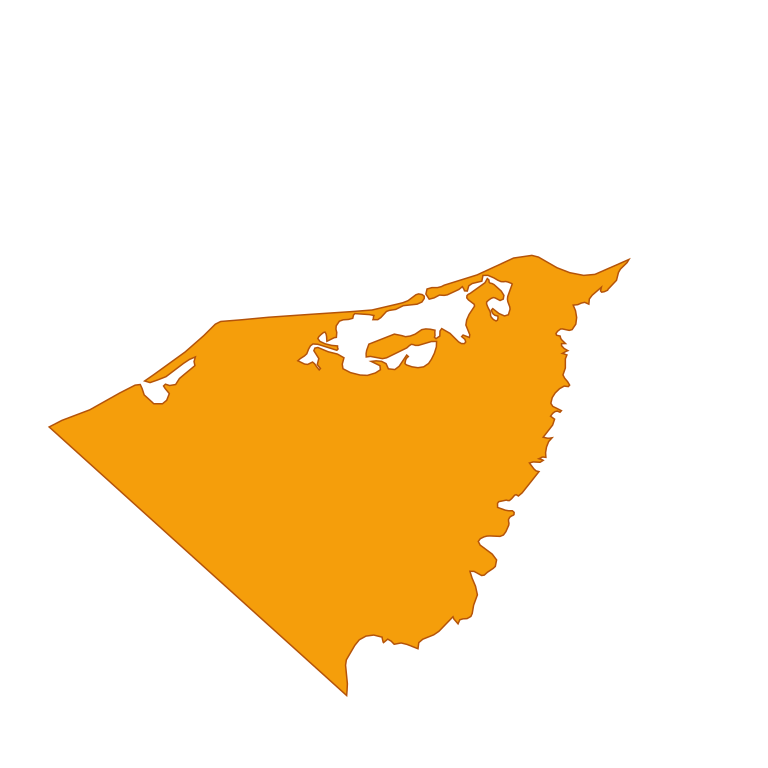 the border of Gracias a Dios, rotated 312°
{"feature_id": "HND-640", "entity_name": "Gracias a Dios", "entity_type": "Department", "adm_level": 1, "iso_a3": "HND", "parent_name": "Honduras", "parent_adm1": "", "projection": "natural_earth1", "projection_center": [-83.951, 15.304], "detail": "fine", "context": "isolated", "style": "filled", "palette": "amber", "viewbox_px": 768, "rotation_deg": 312, "n_neighbors": 0, "source": "natural_earth", "source_scale": "10m", "svg_char_len": 5307}
<svg xmlns="http://www.w3.org/2000/svg" viewBox="0 0 768 768"><g transform="rotate(312 384 384)"><path d="M131.8,561.4L127.5,564.7L127.6,487.8L127.6,459.6L128.0,163.9L141.5,169.0L167.9,182.6L201.0,193.8L216.6,199.8L220.5,203.2L218.8,207.2L215.4,213.1L215.4,218.2L215.3,226.2L221.1,232.6L226.5,233.4L233.2,230.9L234.2,224.4L235.0,221.5L237.6,221.7L239.4,225.7L244.2,229.5L251.2,228.3L257.7,229.2L271.1,231.2L273.6,227.8L277.9,225.7L272.1,223.0L265.2,221.2L243.6,217.1L235.4,213.0L228.5,209.2L226.1,204.1L237.1,206.7L274.8,214.8L299.4,217.7L315.6,218.6L321.2,220.8L336.1,234.9L356.2,253.4L386.0,282.2L414.9,310.3L431.0,325.6L452.0,340.2L457.0,343.6L462.0,346.1L471.7,348.0L474.1,349.4L476.0,352.5L476.2,355.1L474.4,356.7L470.3,357.3L465.5,355.2L455.1,345.9L447.3,342.8L442.1,338.6L439.6,337.3L431.2,337.2L427.6,336.3L424.4,332.7L425.7,332.2L426.9,331.2L428.2,330.7L425.8,326.7L416.8,315.2L414.9,315.2L411.9,316.8L408.2,314.4L404.4,310.7L400.8,308.8L395.2,309.6L392.6,311.6L390.7,314.4L386.8,317.4L385.1,316.0L377.5,313.0L381.0,309.4L382.4,307.5L383.1,305.4L381.8,304.6L378.8,304.1L375.6,303.9L373.5,304.4L372.8,307.9L374.5,313.4L377.7,319.3L381.2,324.0L380.5,324.7L380.2,324.9L379.9,325.3L379.3,326.4L377.5,326.4L369.2,308.2L366.2,304.4L363.1,303.8L359.5,304.6L354.8,306.4L351.6,306.1L346.8,304.8L343.6,304.4L345.7,311.7L347.5,314.2L352.5,316.2L352.6,318.9L351.7,322.5L351.1,326.4L353.0,326.4L353.8,321.4L359.3,318.5L361.8,309.6L364.4,308.6L366.9,310.4L370.6,320.9L375.1,329.4L376.7,336.7L370.8,339.7L367.9,343.3L370.0,351.4L374.7,360.3L379.3,365.9L386.4,370.2L392.2,371.8L394.9,368.7L392.2,359.3L395.9,362.6L399.2,367.0L400.5,371.9L398.2,377.1L402.0,382.4L407.3,383.4L420.7,381.5L420.7,383.7L418.0,383.5L416.2,384.1L413.2,385.9L413.2,387.9L415.5,393.3L418.8,398.3L423.3,402.0L429.1,403.4L434.1,402.7L440.5,400.9L446.6,398.1L450.8,394.6L447.3,390.8L435.7,383.7L433.7,381.5L432.8,379.3L431.7,377.7L429.1,377.1L426.1,376.8L405.2,368.4L401.8,365.9L395.4,355.4L392.2,352.7L394.7,350.3L397.4,348.6L403.5,346.1L428.0,358.3L431.9,364.9L433.5,368.3L437.2,371.4L441.9,373.8L449.7,375.7L452.9,378.2L455.7,381.8L458.1,385.9L456.3,387.3L454.1,389.5L452.5,390.2L452.5,392.3L457.0,393.4L460.8,390.2L463.8,389.8L465.8,399.2L465.2,411.2L465.8,414.4L467.8,416.7L469.9,416.6L471.3,414.3L471.2,410.0L473.3,410.0L475.7,416.3L478.0,414.8L482.6,405.4L486.9,402.6L492.6,400.7L502.4,399.2L503.6,397.7L503.0,390.4L503.4,387.9L505.2,386.5L507.0,386.6L509.0,387.4L526.8,391.3L531.5,390.2L531.5,392.3L529.9,394.2L530.0,395.5L530.9,396.9L531.5,399.2L531.5,408.9L530.1,413.8L526.9,415.8L523.7,414.4L522.3,408.9L521.3,407.3L518.9,406.2L516.1,405.6L513.7,405.4L512.1,406.7L510.6,409.7L508.8,414.4L507.6,416.1L506.4,417.1L505.5,418.7L505.1,422.1L505.8,425.1L507.3,425.6L509.2,424.7L510.7,423.2L509.3,420.5L509.1,418.4L509.6,416.5L510.7,414.4L512.8,414.4L513.3,422.3L515.2,428.0L518.7,430.1L524.0,427.6L525.5,425.8L528.0,421.0L529.6,419.0L531.8,417.4L544.1,412.4L544.0,411.3L542.7,407.8L541.6,405.8L540.0,404.4L538.4,402.5L537.3,399.2L536.4,394.7L534.3,388.5L530.9,384.9L525.9,387.9L517.7,382.3L513.7,381.3L508.8,383.7L507.1,381.5L507.8,380.3L508.8,377.1L504.4,376.4L492.6,371.4L490.1,369.4L487.2,365.7L481.5,363.6L477.3,360.8L478.9,354.9L483.4,352.4L487.7,355.1L491.5,359.3L494.8,361.5L497.7,362.6L527.4,380.2L564.3,396.0L578.5,407.8L581.7,413.9L586.1,434.6L591.0,447.5L598.3,459.7L606.6,467.4L640.5,482.7L636.9,483.4L627.6,482.8L623.8,483.6L616.6,487.4L604.4,487.1L603.3,487.4L599.9,485.9L597.9,484.3L598.1,482.6L601.4,480.8L589.3,479.3L584.6,479.7L580.4,482.8L579.0,478.5L576.2,476.5L572.6,474.9L569.2,471.8L566.6,477.3L562.3,482.7L556.8,486.5L550.3,487.4L547.8,485.8L544.4,479.9L543.0,478.4L539.4,477.7L536.6,478.0L535.7,479.6L537.5,482.8L536.1,484.9L535.7,486.9L535.5,491.8L532.8,488.9L531.3,490.3L530.9,494.0L531.8,498.3L530.2,497.5L526.1,496.1L526.7,497.1L527.5,499.4L528.0,500.5L524.1,501.9L517.2,508.1L510.5,510.9L509.2,514.4L508.6,518.8L507.4,522.7L505.4,522.7L503.0,519.3L498.0,517.6L491.9,517.2L486.5,518.1L481.3,520.9L480.3,524.4L482.9,533.7L480.8,533.7L479.8,530.9L477.8,529.5L474.9,529.0L471.5,529.3L472.0,534.3L466.3,536.8L451.0,537.9L453.0,541.6L454.4,543.2L456.5,544.9L451.4,544.9L446.0,546.9L441.1,550.0L437.8,553.4L436.2,551.1L435.2,550.3L434.1,550.0L432.1,549.1L433.5,552.1L433.8,553.4L430.3,552.4L425.9,547.0L422.6,544.9L421.2,552.2L421.2,555.2L422.6,557.8L395.5,559.5L390.7,558.8L390.2,556.3L388.8,555.5L384.2,555.6L381.3,555.2L380.3,554.1L379.6,552.6L373.3,548.0L371.3,548.2L368.3,551.0L371.4,558.6L373.3,561.6L375.7,564.2L375.7,566.6L373.9,568.0L372.7,567.8L371.4,567.1L369.1,566.6L366.6,567.2L365.2,568.6L364.1,570.1L362.5,571.2L355.8,573.4L351.7,573.8L348.4,572.2L341.9,564.3L339.8,562.2L337.3,560.6L333.5,559.1L330.1,559.4L328.6,563.2L330.0,578.3L328.6,585.4L322.9,588.8L319.9,588.5L313.2,586.8L309.1,586.4L307.0,584.7L305.0,576.3L302.3,573.2L298.7,579.3L294.9,587.4L289.8,594.5L279.6,598.6L272.5,603.1L269.4,604.1L265.2,602.7L262.4,599.9L259.5,598.1L255.3,599.5L256.1,593.2L257.2,591.0L237.1,590.3L230.9,588.8L220.3,583.6L215.1,582.9L210.0,586.4L205.9,575.4L203.0,570.0L197.4,565.7L197.7,561.4L196.9,557.5L191.5,556.7L191.6,556.1L193.8,552.9L194.6,552.0L190.6,544.4L184.6,539.3L177.4,536.8L170.2,537.2L153.8,540.6L149.3,543.6L136.7,557.4L131.8,561.4Z" fill="#f59e0b" stroke="#b45309" stroke-width="1.5"/></g></svg>